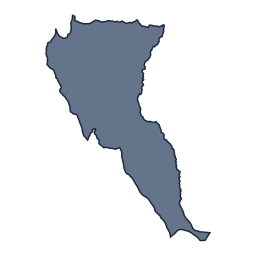 outline of Herrán, Norte de Santander, Colombia
{"feature_id": "7082276B14743342405836", "entity_name": "Herrán", "entity_type": "district", "adm_level": 2, "iso_a3": "COL", "parent_name": "Colombia", "parent_adm1": "Norte de Santander", "projection": "natural_earth1", "projection_center": [-72.49, 7.478], "detail": "fine", "context": "isolated", "style": "filled", "palette": "slate", "viewbox_px": 256, "rotation_deg": 0, "n_neighbors": 0, "source": "geoboundaries", "source_scale": "gbopen_adm2", "svg_char_len": 5735}
<svg xmlns="http://www.w3.org/2000/svg" viewBox="0 0 256 256"><path d="M70.6,112.0L71.6,112.4L72.5,113.0L73.0,113.7L73.5,113.9L74.7,114.2L75.6,114.2L76.5,114.5L77.4,115.7L77.9,117.5L79.6,121.5L79.8,122.5L82.2,128.7L82.3,130.8L83.0,133.4L83.9,135.9L85.1,136.9L86.3,138.6L87.6,140.0L88.5,138.3L88.5,137.1L89.1,136.5L89.5,135.7L90.0,135.0L90.1,133.8L90.3,133.3L91.6,132.5L92.4,131.6L92.5,130.8L92.3,129.7L93.3,129.2L95.6,128.8L95.6,129.9L94.7,131.0L94.3,132.1L94.3,132.6L94.6,133.4L94.9,134.1L96.2,135.2L96.9,137.8L97.4,138.7L99.2,140.0L99.0,142.3L99.0,143.5L99.3,143.9L100.2,144.8L102.4,146.1L103.1,147.4L103.9,147.7L105.4,147.3L106.1,147.3L109.8,148.2L113.2,148.5L114.6,149.0L115.4,149.2L117.7,148.4L118.9,147.8L119.7,147.7L121.7,151.8L121.9,157.3L122.3,158.5L122.6,160.5L123.4,163.5L124.0,167.9L124.6,169.8L125.9,172.6L126.3,173.1L127.3,174.0L128.7,174.6L129.8,175.6L130.4,176.5L131.5,177.3L133.7,180.4L135.3,183.4L137.4,186.7L140.2,192.3L141.1,193.4L141.9,194.3L143.5,195.7L147.0,197.8L148.2,198.7L151.8,204.1L154.3,207.5L155.0,210.7L155.4,211.4L156.5,212.7L157.8,213.8L160.5,216.4L160.8,217.6L161.5,218.6L162.5,219.3L163.3,220.1L164.7,222.2L165.9,224.3L166.8,227.4L169.4,232.0L170.1,234.4L170.6,237.0L171.2,236.4L174.0,234.1L175.7,232.5L177.0,230.9L178.9,229.8L180.5,229.4L182.9,229.7L185.3,230.5L187.9,231.0L190.3,232.2L191.7,233.1L194.6,235.3L197.2,237.1L197.7,237.5L199.9,240.2L200.3,240.5L200.9,240.6L205.1,240.3L209.9,232.7L199.8,231.8L197.9,231.0L195.5,230.6L193.3,229.1L192.4,227.4L190.4,223.2L185.3,217.3L184.0,214.9L183.3,211.9L181.3,208.0L179.1,203.0L179.8,202.1L180.1,200.6L181.0,199.6L181.3,198.8L181.1,197.9L180.4,197.4L180.2,196.9L180.5,196.1L180.2,195.7L180.2,195.1L180.7,193.9L180.2,192.7L180.1,191.8L180.2,191.6L180.7,191.4L180.7,191.1L180.4,190.7L180.9,190.3L180.7,190.0L180.7,189.3L180.0,188.2L179.5,186.5L179.7,184.6L179.4,183.5L179.3,182.6L179.5,181.9L179.9,181.3L179.9,180.7L179.5,179.9L178.8,179.0L179.1,178.3L179.1,177.4L180.0,176.9L179.8,176.4L179.2,176.0L179.0,175.5L179.2,174.6L179.8,173.4L180.0,172.1L179.9,171.5L179.5,171.1L178.6,170.8L178.0,170.0L177.1,169.8L176.6,169.2L176.8,168.3L176.1,167.5L176.5,166.9L176.5,165.7L176.3,164.9L176.3,164.2L175.7,163.2L176.3,161.9L175.7,161.4L175.5,160.8L175.7,160.3L176.2,159.8L176.2,159.2L175.8,158.2L174.9,157.3L174.9,156.8L175.3,156.4L175.2,155.9L174.1,154.8L174.2,154.3L174.6,153.9L174.6,153.4L174.0,152.3L174.1,150.7L173.7,149.5L173.2,148.8L172.5,148.9L172.3,148.7L171.9,146.4L171.3,145.4L170.4,144.6L170.0,143.6L169.7,143.4L169.1,143.3L168.8,142.7L168.3,142.4L168.0,141.9L167.1,141.6L166.8,141.1L166.8,140.3L166.4,139.9L165.1,139.7L164.1,138.8L163.8,137.7L164.1,135.9L163.9,134.4L163.3,133.5L162.0,132.8L161.2,131.9L160.9,130.9L160.9,129.6L160.5,129.0L160.4,128.1L159.8,127.2L159.4,125.4L159.1,124.8L158.3,124.2L157.8,123.3L156.6,122.8L156.1,121.7L155.0,122.2L152.2,122.2L150.5,121.5L147.7,121.5L146.4,121.1L145.6,120.7L144.9,120.3L143.6,118.8L143.2,118.2L142.9,117.0L142.7,116.8L142.0,116.5L141.4,115.9L140.8,114.9L140.8,114.0L140.2,112.8L140.2,112.3L140.6,109.5L140.6,108.5L140.0,107.1L139.2,105.8L139.0,104.9L138.8,103.5L138.5,103.2L138.3,102.3L138.0,101.6L138.0,101.2L137.5,100.1L137.4,99.3L137.7,98.2L137.6,97.6L137.9,96.5L138.6,95.9L139.2,94.2L139.8,94.0L140.2,94.4L140.6,94.3L141.3,93.7L141.6,92.9L141.7,90.7L142.1,89.8L141.6,88.0L141.6,87.2L143.5,84.9L143.4,84.6L142.5,83.2L142.3,81.9L142.5,80.6L142.7,80.3L143.2,80.3L143.5,80.1L143.7,79.7L143.4,79.3L142.8,79.0L142.4,78.5L142.6,77.9L143.3,77.6L143.5,77.2L143.0,75.3L143.4,74.6L143.5,73.5L142.3,72.2L142.0,71.6L142.2,70.6L142.5,69.8L142.9,69.4L144.6,69.3L144.9,69.1L145.1,68.7L145.2,67.2L144.4,65.9L144.2,65.0L144.5,63.7L145.2,61.9L145.7,61.2L147.3,60.5L148.3,58.9L149.1,58.3L149.7,57.6L150.7,54.9L150.3,52.4L150.8,51.3L151.9,49.8L152.2,48.5L152.9,47.1L153.3,46.5L154.5,46.7L154.8,46.6L156.2,45.1L157.3,44.5L157.9,43.9L158.0,43.2L159.1,41.6L158.9,39.5L159.4,38.2L160.0,37.5L160.6,37.1L162.1,36.6L162.3,36.1L162.6,34.2L163.6,32.0L163.6,28.0L164.3,26.5L164.1,25.5L163.7,24.8L163.0,25.0L161.6,25.9L160.8,26.1L160.0,26.6L159.3,26.6L155.5,26.0L153.4,26.0L152.0,25.3L149.9,25.2L149.3,25.3L148.1,27.5L147.2,27.1L145.9,26.8L142.6,26.1L141.9,25.9L141.3,25.5L140.4,24.4L138.9,22.9L137.7,20.4L137.5,20.2L136.7,19.9L135.5,21.3L133.5,21.9L132.8,22.3L132.1,23.0L131.6,22.9L130.7,22.5L129.4,22.4L128.2,23.0L127.2,23.2L126.2,23.2L125.6,23.1L122.8,21.7L122.0,21.1L121.7,21.2L120.8,21.8L119.8,22.1L119.1,22.1L118.2,22.0L117.2,21.3L115.0,21.8L114.1,21.6L112.6,21.1L111.8,21.0L110.7,21.3L110.3,21.0L108.0,20.5L106.9,21.2L105.1,21.8L103.7,21.7L102.8,22.2L102.2,22.2L98.2,20.6L95.6,20.2L93.9,21.1L92.2,22.3L90.2,23.3L89.0,23.7L83.9,23.8L79.9,22.7L78.1,21.9L77.7,21.5L76.4,21.0L74.6,20.5L74.8,19.1L75.1,18.0L75.1,17.6L74.3,16.0L74.0,15.8L73.9,16.0L73.6,16.0L72.6,15.4L72.6,16.7L72.3,17.2L72.5,18.0L72.4,18.6L71.5,21.1L71.1,22.7L70.6,23.8L71.0,24.7L71.2,26.4L71.1,27.1L71.3,27.9L71.0,29.6L71.0,30.5L70.5,31.8L70.5,32.8L69.4,33.5L68.7,34.5L68.2,34.5L67.8,34.8L67.6,36.2L67.1,37.4L66.0,37.6L65.5,38.0L64.8,38.3L64.0,38.4L62.6,37.9L59.6,36.2L58.9,35.5L57.5,33.2L55.6,28.6L55.8,31.8L55.7,33.6L54.6,35.8L54.4,36.4L53.8,36.9L53.2,38.0L51.2,40.3L50.4,41.8L49.9,42.2L48.9,42.4L47.6,43.1L47.6,44.7L47.5,45.1L46.5,47.2L46.4,48.4L46.2,49.1L46.4,52.0L46.1,53.5L46.5,55.3L47.5,58.3L47.7,59.2L47.6,59.6L47.3,60.1L47.5,62.2L47.0,64.2L47.2,64.7L48.9,66.4L49.3,67.2L49.8,67.8L51.5,68.8L52.6,69.1L53.8,70.5L54.5,72.6L55.7,75.1L55.9,75.7L55.8,77.1L55.9,77.5L57.2,78.8L58.1,81.1L59.6,83.6L60.3,85.2L61.4,86.9L61.3,87.5L61.0,88.2L60.2,89.2L59.8,90.1L59.7,90.8L59.8,91.2L60.5,92.6L62.4,94.3L62.9,95.0L65.0,97.0L68.5,102.1L68.9,103.9L69.8,106.1L70.1,108.5L70.2,111.0L70.5,111.5L70.6,112.0Z" fill="#64748b" stroke="#1e293b" stroke-width="1.5"/></svg>